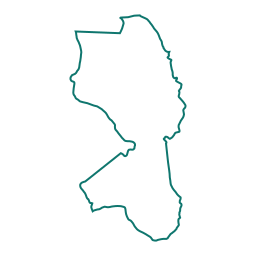 the district of Magdalena, Intibucá, Honduras
{"feature_id": "27666195B97095820119427", "entity_name": "Magdalena", "entity_type": "district", "adm_level": 2, "iso_a3": "HND", "parent_name": "Honduras", "parent_adm1": "Intibucá", "projection": "mercator", "projection_center": [-88.37, 13.92], "detail": "fine", "context": "isolated", "style": "outline", "palette": "teal", "viewbox_px": 256, "rotation_deg": 0, "n_neighbors": 0, "source": "geoboundaries", "source_scale": "gbopen_adm2", "svg_char_len": 5756}
<svg xmlns="http://www.w3.org/2000/svg" viewBox="0 0 256 256"><path d="M75.7,31.5L76.0,32.4L76.1,33.2L76.3,34.9L76.6,36.7L76.7,37.9L77.8,40.6L78.0,40.8L78.6,42.0L80.0,45.5L80.5,47.7L80.9,49.6L81.2,51.0L81.3,52.5L81.0,54.6L80.8,57.1L80.2,61.2L79.8,62.9L79.2,67.4L79.0,68.0L78.7,68.8L78.5,69.3L78.1,69.9L77.8,70.2L77.2,70.9L76.4,72.4L76.0,73.0L75.6,73.3L75.1,73.8L74.7,74.0L72.0,75.2L70.7,77.2L70.5,78.0L70.5,78.6L70.5,79.2L70.8,79.9L71.1,80.5L71.5,80.9L72.0,81.2L72.7,81.5L73.4,81.7L73.8,81.9L74.2,82.3L74.4,82.9L74.4,83.8L73.7,88.2L73.4,91.3L73.3,92.7L73.4,93.3L73.5,94.0L73.8,94.7L74.1,95.2L74.8,96.1L75.5,97.6L75.9,98.3L76.2,98.6L78.3,99.9L79.7,101.2L80.8,101.6L82.6,102.1L85.2,102.7L87.4,103.2L93.4,105.4L94.4,105.7L96.1,106.1L97.2,106.4L97.9,106.8L101.8,109.2L102.4,109.8L104.9,112.0L105.8,112.9L106.8,114.4L108.4,117.3L109.3,118.5L110.2,119.5L111.3,120.2L111.8,120.7L114.4,123.9L114.8,124.5L115.0,125.2L115.0,125.7L114.9,126.8L115.0,127.7L115.1,128.7L115.3,129.1L115.6,129.7L116.1,130.3L117.2,131.5L118.3,133.1L119.1,134.1L120.8,136.2L121.9,137.7L123.2,139.0L124.4,140.3L124.7,140.5L125.2,140.8L125.9,141.0L126.8,141.1L127.7,141.2L129.5,141.2L131.2,141.5L132.2,141.7L133.0,142.0L133.9,142.6L134.6,143.4L134.9,144.0L135.0,144.7L135.0,145.4L134.8,145.9L134.6,146.5L134.4,148.1L134.3,148.5L134.1,148.7L133.5,149.3L133.1,149.5L132.8,149.7L131.9,149.7L130.6,149.5L130.0,149.6L129.3,149.7L128.9,149.8L128.7,150.0L128.3,150.5L128.0,151.1L127.2,154.0L126.9,154.9L126.6,155.4L126.2,155.7L125.7,156.0L125.3,156.1L125.0,156.1L124.6,156.0L124.1,155.7L123.8,155.3L123.4,154.8L122.8,154.3L121.9,153.7L120.8,153.2L85.2,181.5L84.0,181.8L82.4,182.4L81.8,182.7L81.3,183.1L80.9,183.5L80.6,183.9L80.4,184.3L80.2,184.8L80.2,185.4L80.2,186.0L80.4,186.7L80.5,187.2L80.9,188.0L81.5,188.8L82.1,189.5L83.0,190.5L83.8,191.7L84.5,192.5L85.0,193.2L85.4,194.0L85.8,194.9L86.6,197.2L86.9,197.8L87.2,198.3L87.5,198.7L87.8,199.0L88.2,199.1L88.4,199.4L88.9,200.5L89.4,202.0L89.8,202.6L90.0,202.8L90.3,203.0L91.2,203.0L91.9,203.2L92.3,203.3L92.3,203.5L92.0,204.3L91.4,206.1L91.3,206.8L91.3,207.3L91.8,209.0L92.2,210.0L92.7,211.3L93.7,210.6L95.2,210.1L97.3,209.5L97.9,209.4L98.9,209.3L99.6,209.1L100.9,208.4L102.1,207.6L104.7,206.7L107.3,207.2L108.4,207.2L109.9,207.0L111.5,206.6L112.8,206.4L115.5,206.1L117.5,206.0L119.8,206.1L121.0,206.2L122.2,206.5L123.7,206.9L124.4,207.2L124.7,207.4L125.0,207.8L125.2,208.4L125.4,209.0L125.8,212.4L126.2,214.4L126.6,215.5L126.9,216.4L127.7,218.0L128.1,218.8L128.4,219.3L129.0,219.8L129.4,220.0L130.1,220.3L130.5,220.5L131.3,221.2L131.8,221.8L133.0,223.3L134.7,226.4L136.8,229.0L137.7,229.8L138.7,230.5L140.1,231.3L142.9,232.6L145.8,234.2L147.2,235.1L149.0,236.2L149.7,236.6L150.5,237.2L150.9,237.6L152.5,239.9L152.8,240.1L154.4,240.5L155.8,240.6L156.6,240.5L157.6,240.0L158.4,239.8L161.0,239.2L163.1,238.9L166.2,238.9L166.4,238.9L167.7,238.2L167.9,237.7L170.6,234.0L172.1,233.0L173.3,232.0L174.4,231.2L175.4,230.1L176.3,229.1L176.5,228.8L176.7,228.1L176.9,227.8L177.5,226.9L178.3,225.9L178.7,225.3L178.8,225.0L178.8,224.4L178.7,223.9L178.5,223.1L178.4,221.9L178.3,221.0L178.4,219.9L178.5,219.4L178.8,218.8L179.5,218.3L180.1,217.7L179.3,214.8L179.3,214.0L179.5,213.2L179.4,212.6L180.1,210.9L180.2,208.8L180.4,208.0L180.6,207.4L181.1,206.6L181.3,206.0L181.5,205.4L181.5,204.8L181.4,204.3L181.2,203.8L180.9,203.6L180.2,203.1L179.9,202.7L179.7,202.3L179.9,200.4L180.3,199.7L180.5,199.1L180.6,198.6L180.6,197.4L178.4,195.6L177.1,194.2L175.6,192.0L173.9,190.0L172.6,188.2L170.9,184.8L170.6,183.3L170.3,180.5L169.8,177.4L169.6,173.9L169.2,170.4L168.1,162.6L167.4,156.3L166.0,143.3L166.2,143.0L166.4,142.8L166.4,142.2L166.3,141.9L166.2,141.7L164.0,139.4L163.9,139.2L163.8,138.9L163.9,138.7L164.0,138.5L164.6,138.1L164.8,137.9L165.0,137.6L165.1,137.2L165.5,136.8L166.0,136.7L166.6,136.8L167.3,137.0L167.7,137.2L168.5,138.0L169.3,138.5L169.8,138.8L170.1,138.7L171.4,137.9L172.1,137.4L172.4,137.1L173.9,135.2L174.2,134.7L174.7,133.7L175.1,133.2L175.3,132.9L175.7,132.7L176.3,132.5L178.8,131.9L179.3,131.7L179.5,131.2L179.5,130.6L179.2,129.3L178.7,127.6L178.6,127.1L178.6,126.1L178.7,125.1L179.0,124.5L180.9,120.6L182.7,118.0L183.2,117.1L183.5,116.4L183.8,115.2L184.0,114.3L183.4,111.0L183.3,110.4L183.4,109.9L183.5,109.5L183.9,109.0L184.1,108.6L184.6,108.2L185.1,107.6L185.4,106.8L185.5,106.1L185.5,105.6L185.2,104.8L184.8,104.2L183.9,102.8L182.8,101.4L180.0,98.2L179.0,97.2L178.8,96.8L178.7,96.3L178.8,95.9L178.8,95.4L179.2,94.3L179.4,92.5L179.4,92.0L179.3,91.7L179.0,91.3L178.9,90.9L179.1,90.6L179.4,90.0L179.7,89.6L180.4,88.8L180.9,88.0L181.1,87.4L181.2,86.0L181.5,84.9L181.5,84.5L181.3,84.1L180.7,83.6L177.0,81.6L176.4,81.2L176.1,80.9L176.1,80.4L176.3,79.8L176.4,79.5L176.9,79.0L177.0,78.7L177.0,78.2L176.9,78.0L176.8,77.8L176.6,77.7L176.1,77.8L174.6,78.2L174.4,78.2L173.7,77.6L173.4,77.3L173.2,76.9L172.7,75.0L172.7,73.1L172.6,72.2L172.2,70.6L171.7,69.3L171.5,68.1L171.1,66.2L170.7,63.4L170.6,62.3L170.9,61.3L171.3,60.5L171.3,60.2L171.3,59.9L171.1,59.7L170.9,59.6L169.9,59.2L168.5,58.4L167.9,57.9L167.7,57.7L167.6,57.4L167.8,57.1L168.9,55.8L168.9,54.7L168.6,54.0L168.6,53.9L169.3,51.9L168.4,52.0L167.3,51.8L166.8,51.6L166.1,51.2L165.5,50.8L165.2,50.5L164.4,49.3L163.7,48.3L163.5,48.0L163.5,47.3L162.9,46.5L162.5,45.5L162.1,44.1L161.8,42.0L161.6,41.4L161.1,40.4L160.3,39.2L160.0,38.6L158.7,35.1L158.0,33.6L157.5,32.7L156.8,31.7L154.0,28.4L153.4,27.3L151.7,24.8L150.4,23.2L149.3,21.6L149.0,21.3L148.5,20.8L147.8,19.9L146.9,19.1L145.1,18.2L142.2,16.9L140.5,16.1L140.2,15.8L140.0,15.5L139.8,15.4L135.5,15.6L134.1,15.7L128.1,17.2L122.1,17.5L120.7,17.6L120.4,17.9L120.5,18.1L121.0,18.2L121.3,18.4L122.9,20.7L123.4,22.0L123.5,22.7L123.6,23.2L123.5,23.8L123.3,24.5L122.1,28.5L120.9,31.2L119.9,33.2L75.7,31.5Z" fill="none" stroke="#0f766e" stroke-width="2"/></svg>